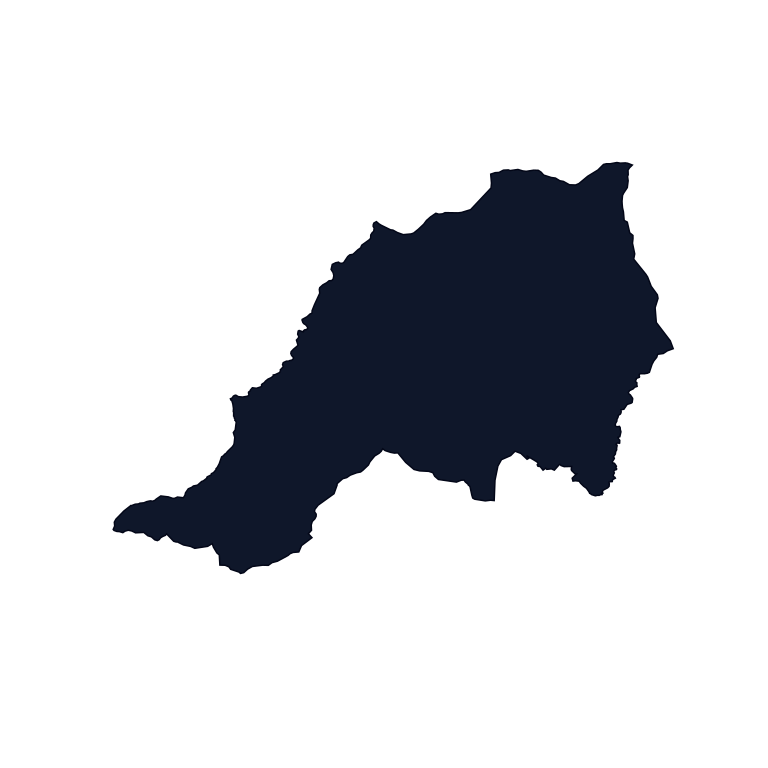 the district of Sinca Noua, Brasov, Romania, rotated 163°
{"feature_id": "2599482B61334346881644", "entity_name": "Sinca Noua", "entity_type": "district", "adm_level": 2, "iso_a3": "ROU", "parent_name": "Romania", "parent_adm1": "Brasov", "projection": "robinson", "projection_center": [25.297, 45.691], "detail": "fine", "context": "isolated", "style": "filled", "palette": "ink", "viewbox_px": 768, "rotation_deg": 163, "n_neighbors": 0, "source": "geoboundaries", "source_scale": "gbopen_adm2", "svg_char_len": 6154}
<svg xmlns="http://www.w3.org/2000/svg" viewBox="0 0 768 768"><g transform="rotate(163 384 384)"><path d="M220.6,553.5L222.5,544.7L224.3,540.2L250.2,525.4L259.6,525.4L263.1,526.0L275.5,530.0L278.3,529.6L282.0,530.4L284.5,532.1L290.6,530.2L295.5,528.0L299.3,525.2L306.0,521.9L311.5,519.7L314.2,519.6L321.9,521.2L326.9,524.9L330.5,528.6L332.6,529.5L340.1,536.5L341.9,538.5L343.8,541.5L346.6,540.9L347.7,539.5L348.3,537.8L347.8,536.0L349.2,533.0L351.0,532.2L353.1,530.4L354.2,527.2L356.3,526.1L364.6,523.3L365.9,521.9L366.1,521.2L369.5,520.1L375.7,517.1L379.0,517.5L381.4,516.5L386.9,512.0L388.7,511.6L391.1,512.6L391.8,513.8L394.7,514.1L398.5,513.5L401.1,509.0L400.1,505.4L400.3,502.3L401.9,499.3L403.8,498.2L406.3,498.8L409.2,497.6L413.5,496.7L417.3,494.9L418.2,493.4L418.9,489.6L427.3,480.2L431.3,475.2L431.9,473.4L432.5,472.7L434.2,472.6L438.0,470.8L443.4,469.7L443.7,469.1L443.6,466.6L443.1,465.2L441.6,463.5L440.6,461.1L440.6,459.6L442.2,458.7L443.9,459.0L444.8,458.7L445.5,458.3L445.6,457.6L446.1,457.5L449.5,460.0L450.6,459.7L452.0,456.9L451.6,453.9L453.0,452.7L454.9,451.6L454.9,446.1L460.5,443.7L463.3,442.1L464.2,440.4L464.0,438.3L462.8,435.6L463.6,434.4L465.9,433.6L466.6,434.0L468.8,433.8L470.7,434.4L474.1,433.9L475.4,432.1L475.1,430.5L475.9,429.6L479.0,427.9L479.1,427.0L480.4,425.5L485.3,424.8L487.3,425.0L487.7,423.9L490.4,423.0L493.5,422.6L496.5,421.4L498.1,420.3L500.6,419.6L501.4,419.0L501.5,417.9L502.5,417.3L507.2,417.2L511.0,418.9L513.5,417.3L514.1,416.5L515.8,415.9L516.2,415.2L516.3,413.1L517.9,412.2L523.1,412.9L527.0,414.5L528.9,416.6L529.6,416.8L531.5,416.5L533.4,415.0L535.2,414.8L535.1,413.4L534.6,413.2L534.4,412.2L534.4,409.2L535.1,404.7L536.2,401.7L536.1,400.7L537.2,397.3L536.7,396.5L537.1,395.5L536.8,393.3L537.2,392.8L536.7,392.1L536.5,390.7L539.7,383.6L542.3,381.6L542.3,376.6L544.6,371.2L545.4,369.9L547.4,368.3L553.6,365.1L555.0,364.0L557.0,363.4L558.6,362.3L560.6,361.8L564.9,355.9L567.8,353.0L569.4,352.1L569.4,351.4L571.5,350.0L573.0,349.1L575.3,348.7L575.9,347.6L580.2,346.9L580.7,346.5L581.1,345.4L581.9,345.4L585.0,344.2L586.9,344.1L591.9,341.8L596.1,342.2L598.1,341.4L601.8,341.0L605.6,338.0L606.9,335.8L609.1,333.9L614.6,336.3L617.4,335.9L619.3,336.3L623.2,339.1L630.2,342.2L635.6,340.5L636.9,339.8L639.4,339.5L641.4,340.5L642.7,340.7L645.3,340.9L648.4,340.6L652.4,341.4L653.8,341.1L657.1,341.8L661.4,341.5L661.6,341.8L669.9,338.6L679.9,333.1L682.3,330.7L683.1,326.9L685.5,324.1L685.0,322.9L682.6,321.1L680.2,320.2L677.2,318.2L674.6,319.0L671.3,318.9L668.2,317.2L665.1,314.3L657.1,312.3L654.2,307.9L651.1,305.8L648.8,302.0L646.5,300.5L644.4,300.9L642.8,302.2L640.2,302.9L637.3,303.2L635.7,304.2L631.1,295.1L628.9,293.6L627.9,293.5L622.8,288.7L616.4,285.2L613.0,282.2L600.1,280.3L594.9,281.6L594.8,277.8L593.2,271.3L591.5,268.7L593.9,258.8L588.9,257.1L585.8,254.5L584.8,251.6L577.6,246.5L576.6,244.8L573.3,244.6L568.6,246.8L563.2,248.0L553.0,246.2L547.6,244.4L543.3,245.9L537.7,245.7L525.9,248.1L523.4,249.2L520.2,249.5L514.6,248.3L510.1,253.6L497.8,258.1L500.1,262.9L496.1,265.3L494.8,270.5L492.8,273.5L489.5,275.3L487.6,277.3L486.9,279.4L487.8,282.2L486.8,284.3L482.4,287.4L463.9,293.7L458.3,301.2L458.2,302.3L451.2,305.5L447.0,305.4L442.9,306.7L436.0,307.1L432.1,306.7L429.4,307.7L422.6,311.1L420.2,313.7L413.9,317.9L408.9,319.2L406.3,320.5L404.2,322.5L402.4,320.0L397.7,316.7L394.3,314.9L390.9,314.1L386.2,302.7L380.3,293.5L375.3,290.5L366.8,287.4L363.2,284.9L362.5,281.0L359.9,276.8L343.4,269.0L338.3,269.4L335.5,268.7L334.9,266.6L333.0,263.7L333.0,262.9L331.9,261.2L331.8,260.1L332.5,252.1L332.5,249.4L332.4,248.8L330.9,247.3L321.3,242.6L316.1,241.7L312.7,240.3L306.0,259.5L299.1,272.2L293.8,277.3L283.8,278.5L278.3,281.4L273.4,277.6L269.2,270.2L267.4,270.6L268.7,274.0L260.4,264.7L259.8,262.3L261.1,261.9L260.8,260.3L258.8,259.4L257.1,255.1L254.0,256.2L253.3,254.8L248.7,253.9L246.3,251.8L239.7,255.8L239.1,255.6L238.6,254.3L235.9,252.3L228.7,250.3L229.9,247.7L229.9,246.4L227.4,241.9L226.3,241.6L231.6,238.9L231.7,235.9L229.2,235.5L225.8,234.0L225.0,231.6L223.0,227.9L220.9,225.1L219.5,221.0L219.3,219.3L218.8,219.1L217.9,217.6L214.6,215.3L211.9,215.1L211.0,214.6L209.4,214.8L207.1,214.4L208.2,215.0L208.2,215.5L207.5,216.1L206.6,215.8L206.8,217.1L205.4,218.4L200.5,219.3L198.7,220.3L197.7,222.7L197.7,224.1L197.5,224.4L195.7,224.4L194.5,223.9L194.2,224.0L193.4,225.7L190.3,226.3L190.5,227.3L191.6,228.5L191.5,229.2L190.8,230.6L189.7,231.6L190.0,232.9L189.5,233.5L188.8,234.2L186.9,234.2L186.3,234.7L186.8,236.8L185.9,237.1L185.8,237.5L186.8,240.7L187.8,241.5L188.4,241.5L188.5,242.8L185.5,245.4L185.4,245.9L186.0,246.7L186.0,247.2L183.2,249.4L182.4,251.2L182.6,251.7L181.3,252.3L180.6,253.4L180.3,254.7L179.1,256.9L179.0,257.4L179.8,258.2L179.7,258.7L178.4,259.3L177.5,259.2L176.4,258.5L175.9,258.6L175.0,261.2L175.8,263.1L175.6,263.8L175.8,264.6L173.9,264.6L171.4,269.0L171.3,271.6L170.9,273.0L171.2,274.6L173.5,275.0L174.5,275.6L175.0,276.5L174.3,278.4L172.2,280.4L171.6,282.0L169.6,284.2L169.3,285.4L166.8,286.1L165.9,287.0L165.3,288.1L165.0,290.1L162.0,289.7L157.4,293.4L153.4,293.4L152.1,293.8L150.5,297.1L150.5,297.9L151.6,301.5L152.7,303.0L152.8,304.5L151.0,305.9L147.2,306.5L145.2,307.6L142.6,307.7L142.4,309.6L141.8,311.2L142.8,312.9L142.5,313.5L141.5,314.6L141.1,315.5L137.8,315.8L137.5,316.3L137.4,318.1L136.9,318.6L135.8,318.9L132.1,317.7L128.9,317.3L126.8,317.6L121.9,324.5L119.2,327.2L115.4,329.8L113.6,332.4L108.0,331.5L103.3,332.9L97.1,333.2L97.6,341.6L105.6,363.2L102.4,377.7L96.9,385.8L96.5,389.4L99.9,399.3L100.6,409.2L101.5,412.4L108.7,430.4L106.2,435.1L105.2,446.0L103.4,450.2L102.5,453.3L104.8,456.8L104.0,467.7L106.5,470.2L104.7,478.6L104.4,482.7L103.6,486.6L102.9,489.3L100.7,494.7L99.0,496.5L93.9,500.7L91.1,507.0L90.4,511.2L89.3,512.7L88.1,517.2L86.1,518.9L82.5,520.8L86.5,523.9L88.6,524.9L93.4,526.1L96.5,527.7L103.4,528.5L106.8,529.6L109.9,529.8L116.9,526.1L128.5,523.1L139.0,518.7L142.6,518.3L148.4,520.3L153.2,525.3L156.5,527.0L159.8,530.8L163.7,532.6L170.2,537.1L171.8,540.6L173.9,543.2L178.3,544.7L185.8,545.8L189.0,547.2L193.2,550.0L200.9,551.2L202.5,552.4L207.3,553.6L212.1,552.7L215.9,553.6L220.6,553.5Z" fill="#0f172a" stroke="#020617" stroke-width="1.5"/></g></svg>